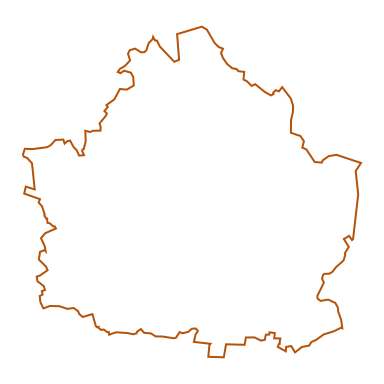 the district of Kilkenny Lea-7, Kilkenny, Ireland
{"feature_id": "5873133B31102930937386", "entity_name": "Kilkenny Lea-7", "entity_type": "district", "adm_level": 2, "iso_a3": "IRL", "parent_name": "Ireland", "parent_adm1": "Kilkenny", "projection": "mercator", "projection_center": [-7.278, 52.671], "detail": "fine", "context": "isolated", "style": "outline", "palette": "amber", "viewbox_px": 384, "rotation_deg": 0, "n_neighbors": 0, "source": "geoboundaries", "source_scale": "gbopen_adm2", "svg_char_len": 2728}
<svg xmlns="http://www.w3.org/2000/svg" viewBox="0 0 384 384"><path d="M95.8,326.0L97.1,327.2L98.6,326.9L98.5,327.8L101.1,329.9L103.7,329.5L107.3,332.2L108.8,332.1L109.2,334.7L116.0,332.3L127.3,333.0L133.5,334.3L136.5,333.3L137.2,331.6L140.9,329.1L144.1,332.8L150.8,333.4L155.7,336.4L162.2,336.5L174.1,338.3L176.0,337.7L179.6,332.1L182.3,333.2L184.6,332.8L188.4,331.8L191.9,328.7L195.8,328.5L197.9,331.0L195.6,334.4L193.9,341.9L210.4,343.8L209.4,345.0L208.3,356.8L223.8,357.3L226.1,344.3L244.6,344.8L245.9,337.5L254.5,337.4L260.9,340.6L264.7,339.9L265.9,334.7L269.2,334.6L269.5,332.3L274.8,333.1L274.2,338.4L281.1,338.4L280.0,339.0L279.7,343.8L279.0,343.7L277.8,346.9L285.8,351.3L286.1,347.0L291.2,346.0L295.0,352.4L301.9,347.0L309.1,345.6L311.4,342.0L316.1,339.9L323.8,334.4L333.5,331.4L340.9,327.8L342.3,328.3L341.2,320.0L338.2,311.5L337.9,307.8L335.4,303.0L328.2,299.6L320.5,300.9L317.5,298.5L317.3,296.0L323.9,282.6L322.0,278.6L323.1,274.9L324.3,273.9L329.6,273.6L332.2,272.0L336.1,267.1L343.6,260.4L345.3,254.7L344.9,253.2L348.8,246.9L343.9,239.0L349.1,235.9L352.0,240.1L353.1,238.8L358.2,194.5L355.7,171.0L361.0,163.0L336.5,154.8L328.8,156.1L322.8,160.3L321.7,162.6L314.7,162.0L306.4,149.5L302.3,147.6L303.9,141.2L300.4,136.0L290.9,132.8L291.0,120.2L292.9,112.0L293.1,105.8L290.8,98.5L282.2,87.2L278.8,91.4L275.7,90.2L273.2,92.6L273.5,94.1L271.0,95.4L264.9,92.0L255.2,84.2L251.6,85.9L246.7,81.1L243.5,79.6L244.2,71.9L238.3,71.2L236.6,69.0L232.3,68.3L227.1,64.0L223.0,58.0L221.0,53.1L223.0,48.7L218.7,47.0L214.7,43.1L206.8,29.5L201.8,26.7L177.1,34.1L179.1,59.8L174.3,61.8L159.8,46.5L157.0,40.6L155.1,40.5L153.1,36.9L152.5,39.3L148.7,43.0L146.4,50.3L144.3,52.2L141.0,52.3L135.1,48.6L129.8,50.2L128.0,53.7L130.1,60.4L125.0,65.9L119.8,69.0L117.8,72.0L120.4,73.2L124.1,70.7L130.9,72.7L133.2,77.0L133.8,85.4L126.9,89.6L119.9,89.0L114.3,99.4L106.4,105.1L107.8,107.0L104.4,111.0L106.8,113.4L106.1,115.5L99.5,123.5L100.6,126.7L100.5,130.6L92.9,130.8L90.3,132.0L85.3,130.8L85.7,141.2L83.7,149.2L82.6,149.4L82.1,150.8L84.0,155.2L79.2,155.6L76.5,150.0L73.6,147.1L70.1,140.6L67.2,141.2L64.6,143.6L63.3,139.6L55.4,140.0L50.8,145.1L47.1,147.2L32.6,149.1L24.8,148.8L23.0,154.4L23.6,156.5L27.3,158.1L32.0,163.3L34.7,189.4L25.8,186.6L24.2,193.6L40.0,199.2L38.7,202.6L42.1,206.4L44.7,214.6L44.3,215.5L46.3,218.7L47.1,218.6L47.5,222.9L49.8,223.3L53.4,226.5L54.6,226.3L55.9,228.5L45.2,233.2L41.0,238.2L44.8,246.4L45.6,251.3L44.5,250.1L40.0,251.9L38.9,259.6L46.0,266.6L47.6,270.2L40.0,275.5L36.7,276.6L37.5,281.3L43.8,286.2L45.0,290.0L41.8,291.2L42.6,294.6L39.7,296.0L40.4,302.1L43.4,308.4L49.9,306.0L59.4,306.2L67.4,308.9L73.6,308.0L78.1,311.2L79.3,314.1L82.7,317.0L92.4,314.1L95.8,326.0Z" fill="none" stroke="#b45309" stroke-width="2"/></svg>